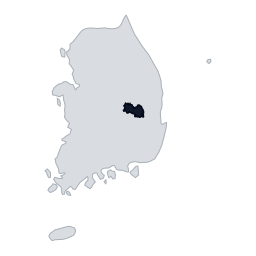 Uiseong-gun, North Gyeongsang, South Korea shown in context
{"feature_id": "91817680B75376031789242", "entity_name": "Uiseong-gun", "entity_type": "district", "adm_level": 2, "iso_a3": "KOR", "parent_name": "South Korea", "parent_adm1": "North Gyeongsang", "projection": "orthographic", "projection_center": [128.598, 36.353], "detail": "fine", "context": "in_parent", "style": "filled", "palette": "ink", "viewbox_px": 256, "rotation_deg": 0, "n_neighbors": 0, "source": "geoboundaries", "source_scale": "gbopen_adm2", "svg_char_len": 4943}
<svg xmlns="http://www.w3.org/2000/svg" viewBox="0 0 256 256"><path d="M68.9,49.8L69.9,49.1L70.0,47.9L70.1,44.2L73.0,41.7L77.2,36.5L79.3,33.6L81.6,30.9L84.3,29.1L86.9,28.3L91.0,28.0L98.8,28.5L100.3,28.2L105.8,27.9L107.0,28.4L111.0,28.8L115.4,28.5L117.6,27.7L119.6,26.4L121.4,24.0L123.3,19.5L125.3,16.0L126.4,15.4L134.4,34.0L142.1,46.1L148.7,54.8L158.2,71.6L161.0,80.5L161.3,86.1L163.0,93.8L161.7,98.2L162.1,105.1L161.5,108.6L160.4,111.3L160.4,116.3L160.8,119.0L160.9,122.6L161.6,124.0L162.7,124.5L164.5,123.1L166.6,122.6L166.3,126.9L163.8,137.8L161.6,145.7L158.6,152.6L154.7,158.9L150.0,161.4L146.7,162.3L140.4,162.7L135.2,161.6L130.7,162.4L128.9,163.7L127.6,165.9L128.5,169.4L128.4,172.0L126.5,171.8L122.7,170.3L118.4,170.1L116.5,169.3L114.5,165.6L112.4,165.7L108.9,167.9L103.5,168.3L101.6,169.5L100.9,171.0L101.6,173.0L104.3,175.5L103.4,178.1L100.5,179.4L98.3,176.2L96.9,173.1L95.3,172.9L92.8,173.7L92.2,177.1L93.4,179.3L95.3,182.0L92.5,185.0L91.8,187.2L89.9,188.7L84.7,185.2L85.5,182.7L87.8,180.4L88.1,177.9L87.4,176.5L79.8,182.6L75.2,189.5L72.7,188.9L71.7,187.1L70.3,186.4L65.3,190.8L64.3,194.3L62.5,194.4L61.7,192.9L61.7,189.7L60.9,186.9L55.9,182.8L53.6,179.3L54.9,177.3L59.1,178.5L62.5,178.4L61.9,176.8L60.8,176.0L63.1,175.1L65.0,173.2L63.5,172.7L61.1,173.7L59.1,173.1L58.4,168.5L56.1,163.8L55.0,159.2L57.4,156.7L58.7,152.6L61.0,146.8L62.2,144.9L65.2,143.6L66.3,142.1L64.7,141.3L62.0,140.5L62.1,138.8L64.0,137.9L66.0,136.1L70.0,133.9L71.3,129.6L70.2,128.5L67.8,127.4L68.4,125.3L69.4,123.6L69.0,122.6L66.2,119.8L64.4,117.2L65.0,114.3L64.6,109.9L65.0,106.2L64.9,104.2L63.6,99.7L63.1,95.1L61.2,95.7L59.7,96.8L54.5,95.1L52.8,95.0L52.2,91.6L54.2,87.5L58.8,84.0L61.4,83.6L63.3,82.0L66.4,81.6L69.9,84.1L73.2,84.7L74.9,89.0L76.0,89.9L76.3,88.4L79.0,86.6L79.6,85.2L79.0,84.4L76.0,83.6L73.4,78.3L73.1,75.9L72.1,74.4L73.7,70.2L70.6,65.4L69.2,63.8L69.5,59.5L67.9,56.7L67.0,55.1L66.5,52.5L67.0,51.3L68.4,50.9L68.9,49.8ZM54.4,239.8L52.8,240.6L51.4,240.0L51.0,239.6L49.3,237.2L48.9,235.9L50.1,233.6L55.0,229.9L67.5,226.5L69.8,226.3L74.6,228.0L75.6,231.0L74.7,233.6L73.5,235.3L67.8,238.0L63.3,239.3L54.4,239.8ZM138.6,175.0L135.4,177.6L131.0,174.1L130.0,172.2L133.3,169.4L136.1,166.2L137.9,166.0L138.6,175.0ZM115.4,174.6L115.0,178.7L112.6,178.9L111.2,176.3L109.6,177.5L108.8,177.6L107.7,174.3L107.5,171.7L110.3,169.8L112.0,171.0L114.5,171.6L115.4,174.6ZM52.2,191.9L50.0,192.4L48.8,191.0L48.0,190.6L48.5,188.7L52.2,185.1L52.9,183.8L56.2,184.7L57.4,186.7L55.8,189.6L52.2,191.9ZM65.1,51.6L64.8,57.1L63.0,56.9L61.8,56.3L61.3,55.2L60.2,50.0L61.6,48.0L64.3,49.7L65.1,51.6ZM50.5,176.8L50.0,177.8L48.5,177.4L47.1,174.5L46.5,172.2L45.0,170.9L47.5,169.0L50.5,172.7L50.5,176.8ZM60.5,103.5L60.0,106.2L57.8,104.3L57.3,98.4L59.6,100.2L60.5,103.5ZM210.5,62.2L209.0,63.5L207.2,62.3L206.9,61.0L207.8,59.8L210.0,59.1L211.0,60.1L210.5,62.2ZM70.1,193.4L70.7,195.4L67.9,194.9L66.4,193.0L66.7,191.4L68.3,191.2L70.1,193.4ZM106.2,182.5L105.8,183.8L104.1,181.9L105.9,179.7L106.2,182.5Z" fill="#d9dde1" stroke="#a8b0b8" stroke-width="1"/><path d="M123.9,105.9L124.7,107.0L125.0,108.2L124.8,108.4L124.6,108.8L124.4,108.9L124.2,109.5L124.1,109.8L123.8,110.1L123.5,110.2L123.5,110.4L123.5,110.5L123.6,110.8L123.7,111.1L124.0,111.2L124.5,110.9L124.8,110.5L125.1,110.6L125.5,110.8L125.9,111.2L126.1,111.5L126.5,112.0L126.7,112.4L126.8,112.7L127.0,112.8L127.2,113.0L127.6,113.0L127.5,112.8L127.8,112.7L128.3,112.6L128.5,112.1L128.7,111.7L129.2,111.5L129.4,111.7L129.4,112.1L129.7,112.3L130.1,112.4L130.4,112.5L131.0,112.6L131.7,112.8L132.0,113.0L132.0,113.3L132.1,113.5L132.5,113.6L133.2,113.6L133.7,113.8L134.3,113.9L134.9,114.2L134.9,114.8L134.7,115.3L134.9,115.8L134.8,116.4L135.1,116.6L135.4,116.1L135.8,115.9L136.1,116.4L136.5,116.3L137.0,116.4L137.1,116.8L137.6,116.9L138.5,116.8L138.9,116.9L139.2,117.1L139.7,117.1L140.4,117.1L140.7,116.7L141.0,116.3L141.3,116.2L141.8,116.3L142.1,116.6L142.4,116.8L143.2,117.0L143.3,116.7L143.6,116.5L143.6,116.2L143.4,116.0L143.1,116.0L143.0,115.6L142.9,115.3L143.2,115.0L143.4,114.8L143.3,114.5L142.9,114.4L142.5,114.4L142.2,114.3L142.2,114.0L142.4,113.8L142.7,113.7L143.0,113.6L143.2,113.3L143.3,112.9L143.6,112.8L143.5,112.3L143.5,112.1L143.6,111.7L143.4,111.0L143.1,110.5L142.9,110.2L142.8,109.8L142.9,109.4L142.5,109.2L142.1,108.7L141.9,108.3L141.8,107.8L141.8,107.4L141.4,106.7L141.2,106.5L140.9,106.2L140.4,105.9L139.7,105.7L139.5,105.3L139.1,105.0L137.6,105.3L137.5,106.0L137.4,106.5L137.0,106.7L136.5,107.0L135.5,107.3L135.1,107.5L134.6,107.7L134.3,108.0L133.7,108.3L133.6,107.9L133.5,107.3L133.4,106.9L133.0,106.6L132.7,106.4L132.6,106.1L132.3,105.5L131.9,104.8L131.5,104.7L130.9,104.6L130.4,104.3L130.2,103.8L130.0,103.5L129.7,103.9L129.3,104.7L128.9,104.8L128.3,104.2L128.2,103.4L127.8,103.4L127.4,103.7L127.1,103.9L126.8,104.0L126.4,103.9L126.1,103.5L125.7,103.1L125.5,103.3L125.3,103.6L125.3,103.8L125.2,104.1L124.8,104.8L124.6,105.0L124.3,105.4L124.3,105.6L123.9,105.9Z" fill="#0f172a" stroke="#020617" stroke-width="1.5"/></svg>